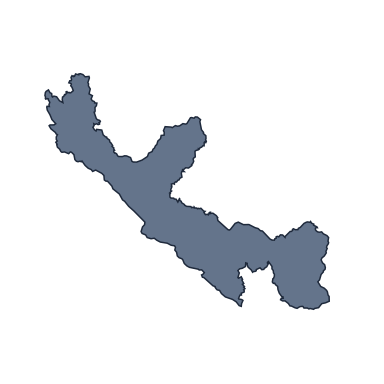 Pyinoolwin, Mandalay, Myanmar (Robinson projection), rotated 315°
{"feature_id": "60261553B76986100212845", "entity_name": "Pyinoolwin", "entity_type": "district", "adm_level": 2, "iso_a3": "MMR", "parent_name": "Myanmar", "parent_adm1": "Mandalay", "projection": "robinson", "projection_center": [96.329, 22.676], "detail": "fine", "context": "isolated", "style": "filled", "palette": "slate", "viewbox_px": 384, "rotation_deg": 315, "n_neighbors": 0, "source": "geoboundaries", "source_scale": "gbopen_adm2", "svg_char_len": 6040}
<svg xmlns="http://www.w3.org/2000/svg" viewBox="0 0 384 384"><g transform="rotate(315 192 192)"><path d="M255.4,305.9L255.7,305.0L254.5,301.5L255.4,300.9L254.5,298.5L255.0,296.7L253.9,296.8L252.6,294.9L251.5,294.2L249.0,293.4L243.5,293.6L241.6,292.9L240.3,293.5L238.4,291.7L237.7,289.7L236.6,289.5L236.0,290.3L234.3,290.1L233.6,289.3L226.6,289.3L225.7,289.9L225.7,286.5L224.2,284.8L221.7,285.1L220.9,283.6L219.8,283.2L218.8,284.2L217.6,283.6L216.2,284.3L214.6,282.6L213.9,280.4L214.2,269.4L213.0,267.7L212.9,264.6L211.4,261.9L209.2,255.2L205.3,251.5L203.4,246.0L200.3,244.7L192.7,245.6L191.5,245.3L190.8,244.1L190.1,230.5L191.7,228.1L192.1,228.2L192.5,225.9L191.8,221.8L189.9,220.1L190.8,219.4L190.4,219.0L189.3,218.9L189.2,219.9L188.1,219.2L187.3,219.6L187.1,218.6L185.5,217.5L186.0,214.9L187.5,214.9L186.8,213.9L186.8,209.8L185.2,208.8L184.8,207.8L184.0,207.7L183.8,206.4L182.7,205.4L182.9,204.1L182.2,204.5L181.6,203.3L180.7,202.9L180.9,201.5L178.1,198.4L177.4,196.2L177.8,195.6L177.1,192.2L177.8,191.0L177.3,189.1L178.4,188.4L178.4,187.8L174.9,189.1L175.7,185.9L174.5,184.4L174.7,183.4L172.8,181.4L172.8,180.0L174.6,178.0L175.7,177.7L175.5,176.9L178.2,176.9L177.9,176.2L178.8,175.2L181.5,174.1L181.5,173.2L182.4,173.0L183.0,171.8L184.6,172.6L185.1,174.0L186.0,173.2L187.4,173.1L188.1,174.0L190.4,173.7L191.4,174.3L193.1,173.7L195.4,174.4L197.7,171.2L199.3,170.3L200.9,172.0L200.8,169.7L201.3,169.5L201.9,170.2L204.7,170.4L206.5,172.6L210.6,173.2L211.2,172.2L212.2,172.5L214.9,171.5L216.1,169.5L217.4,169.2L219.1,169.5L222.9,165.3L224.3,165.5L226.2,166.6L227.1,165.9L227.3,166.8L229.1,166.4L230.5,167.1L232.4,167.0L233.2,167.9L235.7,165.6L236.8,165.6L236.7,166.8L237.9,166.4L238.7,164.5L239.7,164.1L241.6,162.0L241.4,158.7L242.3,158.0L242.7,154.7L247.4,147.7L249.2,146.9L248.8,142.8L247.4,141.2L245.7,141.3L244.3,139.0L243.4,138.4L236.8,140.0L235.5,139.5L233.9,137.2L230.1,136.5L228.3,135.3L227.2,133.3L223.5,132.5L223.2,131.4L219.2,126.8L215.1,128.5L214.7,130.0L212.5,132.1L210.2,130.2L207.5,132.0L203.9,131.8L200.6,133.6L199.1,133.4L196.3,134.4L194.7,134.2L192.4,135.2L188.8,133.9L185.6,135.4L179.2,134.1L174.0,131.7L171.7,129.3L171.2,127.9L172.9,124.2L171.3,120.3L169.9,118.7L167.8,117.7L165.2,115.0L165.0,113.9L165.7,111.7L165.4,110.2L164.9,109.9L165.0,108.3L166.1,107.4L166.8,107.7L167.0,106.2L167.9,105.6L167.7,103.3L168.7,103.1L169.4,100.2L169.3,98.5L170.4,96.9L169.9,94.0L170.5,92.8L169.8,91.8L169.6,88.8L172.0,84.4L168.9,80.3L167.3,81.0L167.0,79.0L167.7,76.2L169.7,75.8L170.8,74.3L171.1,75.5L172.9,76.4L173.2,77.9L174.4,78.6L174.8,78.6L175.3,77.2L175.9,77.6L177.2,77.2L177.3,76.0L176.2,73.8L176.3,72.3L179.2,66.4L179.6,66.7L180.7,66.3L183.2,63.6L185.4,63.4L187.6,61.9L186.2,60.2L186.6,60.0L186.8,58.8L186.0,56.9L186.5,54.9L189.7,53.5L188.6,49.8L192.9,47.2L193.8,43.7L195.4,42.3L195.7,41.0L200.1,38.8L200.9,37.4L197.9,35.0L197.9,31.8L196.7,29.4L195.4,28.5L194.8,29.0L193.1,26.2L190.8,27.1L190.6,26.3L189.7,26.4L189.4,24.9L187.5,25.4L186.3,27.4L185.2,27.8L184.2,26.9L182.1,27.7L183.2,29.7L182.9,30.5L181.4,31.1L181.2,33.1L179.7,36.4L176.4,36.1L175.5,35.2L175.5,34.6L174.3,34.0L174.6,32.5L173.9,32.1L172.6,33.5L171.1,33.6L170.8,33.0L168.8,33.7L167.6,33.3L165.5,35.0L163.9,37.5L162.8,33.8L163.6,28.9L162.1,26.5L160.6,26.3L160.5,25.6L162.4,23.1L161.8,21.4L162.7,18.3L160.0,17.7L158.6,18.0L156.2,19.8L155.6,21.3L154.4,22.2L154.2,22.8L156.0,23.9L156.3,24.6L155.6,25.1L154.9,28.0L152.5,29.2L151.6,30.7L150.1,28.9L149.4,29.2L147.6,31.7L146.2,36.9L144.2,41.7L143.9,47.4L141.9,47.0L139.0,44.2L137.8,44.1L136.9,47.6L137.5,53.3L137.0,55.0L137.4,56.3L134.9,57.1L133.2,58.9L132.8,60.7L130.9,60.5L130.4,62.9L129.8,62.9L128.5,65.2L128.7,68.0L127.9,70.7L128.1,71.9L130.2,73.6L131.9,77.7L134.3,77.6L134.9,78.7L134.9,82.1L132.1,86.3L132.0,88.5L132.8,90.0L134.7,91.1L135.0,92.3L136.1,92.3L135.2,97.7L135.4,101.8L136.6,104.9L136.3,107.2L139.4,108.4L141.4,115.0L141.4,118.0L138.5,121.5L138.8,123.4L139.9,124.7L139.5,131.3L138.3,133.8L139.2,142.1L137.3,148.5L137.8,151.0L137.1,157.4L137.5,164.2L137.4,180.0L135.3,181.6L132.3,181.7L128.0,184.0L127.4,186.0L128.9,189.6L128.1,192.5L130.0,196.1L132.6,198.0L133.0,201.2L134.2,205.0L138.3,210.7L139.6,214.9L141.6,217.7L141.2,219.4L138.8,220.9L138.5,223.7L136.4,226.8L136.4,229.3L137.6,232.0L137.6,233.3L136.0,237.1L136.1,240.6L136.9,243.4L141.9,251.1L141.9,252.2L143.8,253.9L143.7,257.7L141.5,257.9L140.1,257.4L139.1,259.6L139.9,261.0L140.5,273.2L141.5,275.2L141.0,275.6L140.6,277.7L140.6,279.0L141.9,281.1L141.0,284.7L141.4,289.8L144.7,296.6L145.6,301.0L145.0,305.7L146.0,307.7L148.1,306.0L151.4,304.7L151.1,303.2L149.4,300.7L149.6,300.2L152.9,298.8L154.1,299.8L155.2,298.4L158.1,299.6L159.1,298.8L159.4,297.6L161.1,297.8L161.2,295.9L162.2,296.0L162.4,292.9L163.9,293.3L165.0,289.6L165.9,289.6L166.9,286.8L164.0,285.9L163.9,285.0L168.2,282.7L168.9,280.0L171.3,280.0L173.6,281.5L177.1,282.5L179.9,280.1L180.6,281.5L179.5,282.5L178.5,284.9L178.8,289.0L178.1,291.6L179.1,291.7L180.7,292.9L181.7,293.1L182.6,292.3L186.5,293.7L186.4,296.3L188.0,297.5L189.3,297.2L192.0,297.7L195.5,296.6L195.0,295.8L195.6,295.1L196.9,295.2L195.9,301.2L194.2,302.9L193.9,305.0L192.4,306.8L192.1,308.4L190.5,309.9L188.5,310.7L187.9,310.5L185.2,312.4L184.9,314.1L186.0,315.0L185.5,316.5L185.8,319.3L183.8,321.8L182.2,325.2L181.5,329.5L182.2,330.4L181.4,331.6L179.9,330.3L178.4,330.8L179.0,333.0L180.8,334.8L181.3,339.0L180.7,341.8L181.7,343.0L183.0,346.8L184.1,348.6L187.1,349.3L189.1,350.8L189.5,351.5L189.1,353.2L191.5,355.6L192.0,357.4L193.1,357.8L195.1,361.0L196.3,361.0L199.7,363.3L204.8,362.7L208.1,364.8L211.8,366.3L215.1,362.8L215.4,360.9L217.1,358.4L217.6,356.8L217.5,353.5L216.2,349.8L217.5,344.5L220.1,344.3L225.0,341.6L228.3,341.4L229.2,340.6L231.3,340.8L232.8,339.8L234.4,337.2L234.2,334.4L235.3,331.3L237.2,330.5L240.3,330.8L243.9,330.0L244.7,328.7L247.7,327.5L247.8,326.5L249.2,325.5L251.8,325.0L253.0,324.2L253.3,323.0L256.4,320.8L256.6,318.2L255.3,314.4L255.5,311.9L253.5,310.4L252.6,308.9L252.4,307.2L252.6,306.0L253.6,304.9L254.4,304.9L255.4,305.9Z" fill="#64748b" stroke="#1e293b" stroke-width="1.5"/></g></svg>